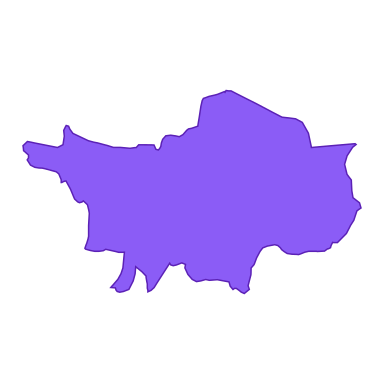 the district of Tamy Al-Amdid, Ad Daqahliyah, Egypt
{"feature_id": "37247803B352337860507", "entity_name": "Tamy Al-Amdid", "entity_type": "district", "adm_level": 2, "iso_a3": "EGY", "parent_name": "Egypt", "parent_adm1": "Ad Daqahliyah", "projection": "equal_earth", "projection_center": [31.578, 30.948], "detail": "fine", "context": "isolated", "style": "filled", "palette": "violet", "viewbox_px": 384, "rotation_deg": 0, "n_neighbors": 0, "source": "geoboundaries", "source_scale": "gbopen_adm2", "svg_char_len": 2923}
<svg xmlns="http://www.w3.org/2000/svg" viewBox="0 0 384 384"><path d="M356.1,144.5L355.1,143.7L331.8,145.7L311.4,147.5L311.1,145.9L308.4,133.2L302.3,122.4L295.6,118.8L289.4,118.0L282.1,117.2L279.5,115.9L272.2,112.1L256.9,104.0L244.0,97.5L236.7,93.8L231.1,90.9L229.9,90.9L228.7,90.9L226.1,90.5L225.0,92.3L224.4,91.6L217.6,94.3L215.1,95.0L209.0,96.4L205.8,97.6L203.4,98.4L202.2,100.6L200.9,106.3L199.3,116.9L198.1,124.0L197.8,126.2L191.6,128.3L188.5,128.9L186.7,130.3L183.0,134.6L179.3,136.7L175.6,135.9L170.7,135.2L165.8,135.8L162.7,139.3L161.4,142.9L160.8,146.5L159.6,148.6L158.3,150.0L155.9,149.3L154.0,145.0L151.6,144.9L143.0,144.8L142.9,144.8L138.7,144.8L136.2,147.6L135.0,147.6L130.0,148.3L120.2,147.4L113.4,147.4L106.7,145.3L106.1,145.2L97.5,142.9L93.8,142.2L88.3,140.7L72.9,133.4L69.8,129.1L68.6,126.2L66.2,125.5L65.5,126.7L63.7,130.4L64.3,136.2L63.0,144.7L57.5,147.5L34.2,142.9L31.1,142.2L27.4,141.5L26.7,142.2L23.0,145.7L23.3,147.6L23.6,150.7L28.5,155.0L28.5,157.9L27.2,159.9L30.5,165.1L34.8,167.3L39.1,168.0L42.2,168.1L45.3,168.8L50.8,170.3L56.3,171.8L58.8,173.9L60.0,176.8L61.2,179.7L61.2,182.5L61.8,182.5L63.0,181.8L64.9,181.1L66.1,181.1L67.0,182.8L70.4,189.0L71.0,190.4L73.4,196.2L74.6,199.0L77.7,201.9L79.5,202.7L82.0,202.0L83.3,200.9L83.8,201.3L86.9,204.2L87.5,204.9L88.7,209.9L89.1,212.0L89.3,213.4L88.6,225.6L88.6,229.1L88.6,236.3L88.0,239.1L86.7,243.4L86.1,244.8L84.9,248.3L85.5,249.1L87.9,249.8L90.4,250.5L94.7,251.3L99.0,251.3L103.3,250.7L105.7,249.3L115.6,251.5L118.6,252.3L122.3,252.3L124.4,252.2L122.9,268.0L121.0,273.7L117.9,279.3L113.0,285.0L111.7,286.4L110.8,287.5L115.4,287.9L116.0,290.0L117.2,291.5L119.7,292.2L123.4,291.5L128.9,289.4L133.2,280.9L135.1,273.8L135.7,266.7L141.9,271.7L146.1,276.1L146.1,277.5L146.7,281.1L147.3,283.9L147.3,288.2L147.9,290.4L147.9,291.8L151.0,290.4L154.1,287.6L157.2,282.6L169.7,263.2L170.7,264.9L173.2,265.7L176.3,265.0L181.8,262.9L185.5,264.4L184.9,267.9L187.9,274.4L192.2,279.4L196.5,281.6L200.8,280.9L205.7,279.5L209.4,280.3L217.3,279.7L229.0,281.9L230.2,286.2L233.0,289.5L234.5,288.4L236.3,288.4L237.5,289.2L239.4,290.6L241.2,292.1L244.3,293.5L249.3,289.4L248.1,285.7L249.0,282.1L250.9,274.8L251.0,273.0L251.1,268.0L253.9,264.8L254.4,263.8L256.6,257.9L260.0,251.5L262.2,248.6L262.9,247.8L264.8,247.1L267.3,246.1L273.7,244.9L274.7,244.7L277.8,245.5L280.3,247.7L281.6,249.6L284.2,251.6L285.9,252.7L287.2,253.5L291.9,254.2L296.8,254.4L298.5,254.6L300.6,253.9L304.8,252.2L308.7,251.3L310.4,251.3L316.6,251.3L317.1,251.5L320.8,251.3L323.9,251.1L324.5,251.1L327.6,248.8L328.4,248.8L330.5,247.7L331.0,245.7L332.6,242.4L333.5,242.6L337.4,242.6L346.4,233.5L348.3,229.8L350.0,226.5L350.4,225.6L352.7,222.0L353.8,220.3L355.7,214.5L356.9,210.9L357.9,210.2L358.6,209.6L361.0,208.0L359.5,202.8L353.0,197.7L351.8,190.7L351.3,180.0L349.0,177.0L347.0,174.3L344.6,164.3L347.1,155.8L352.6,147.3L355.6,144.9L356.1,144.5Z" fill="#8b5cf6" stroke="#5b21b6" stroke-width="1.5"/></svg>